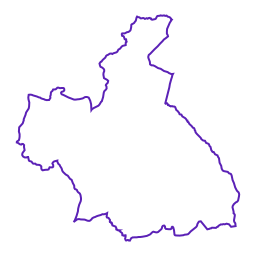 outline of Demba, Kasaï-Occidental, Democratic Republic of the Congo
{"feature_id": "63176286B65160793690884", "entity_name": "Demba", "entity_type": "district", "adm_level": 2, "iso_a3": "COD", "parent_name": "Democratic Republic of the Congo", "parent_adm1": "Kasaï-Occidental", "projection": "albers", "projection_center": [22.217, -5.237], "detail": "fine", "context": "isolated", "style": "outline", "palette": "violet", "viewbox_px": 256, "rotation_deg": 0, "n_neighbors": 0, "source": "geoboundaries", "source_scale": "gbopen_adm2", "svg_char_len": 5771}
<svg xmlns="http://www.w3.org/2000/svg" viewBox="0 0 256 256"><path d="M162.3,15.7L160.4,15.4L160.0,15.7L157.5,16.0L157.0,16.4L155.8,18.7L155.1,19.1L152.3,19.7L151.5,19.5L151.1,18.6L150.6,18.7L149.8,17.9L148.8,18.0L147.7,18.7L146.8,18.2L144.9,18.9L143.7,18.1L143.1,18.0L141.7,18.3L140.5,18.3L139.5,17.4L137.7,17.0L137.1,16.6L136.6,17.4L135.8,20.7L134.8,21.9L134.2,22.9L132.8,23.8L131.7,24.3L131.3,24.9L131.2,27.1L130.6,29.9L130.2,30.6L129.3,31.4L128.2,32.0L127.0,32.2L124.7,33.4L122.2,33.4L121.8,34.0L121.9,35.1L122.2,35.9L123.3,36.1L123.8,36.5L124.7,39.2L126.1,39.3L126.3,40.3L126.0,41.0L126.6,41.8L125.7,42.8L125.7,45.1L122.6,45.9L121.7,46.6L120.0,48.7L118.4,49.6L117.3,51.7L116.3,52.4L113.3,53.3L112.4,54.0L111.1,53.5L109.7,53.7L108.1,54.8L107.2,55.1L106.2,55.8L105.3,57.6L102.7,59.9L101.4,61.7L100.7,61.8L99.5,63.5L100.0,65.6L100.5,66.8L101.9,67.4L102.7,68.0L103.7,68.9L104.2,69.9L104.2,71.2L103.5,73.0L103.4,74.8L104.0,78.1L105.2,78.8L106.5,79.5L107.3,80.0L108.2,80.9L108.1,81.3L107.7,82.9L106.8,83.7L106.0,84.7L105.8,85.2L106.5,86.6L106.6,88.5L106.0,89.5L104.3,91.2L103.8,92.5L103.1,97.1L101.8,101.3L101.1,101.8L99.5,104.5L98.4,105.7L93.6,108.1L91.8,109.4L91.4,110.0L91.1,104.2L90.2,100.7L88.7,97.6L87.0,97.0L85.9,97.0L85.0,97.1L82.7,98.4L79.2,99.2L77.8,99.3L75.7,99.6L74.1,99.6L72.7,99.1L70.7,98.3L68.5,97.5L63.3,94.9L61.9,94.4L61.2,93.6L61.1,92.5L61.8,91.8L62.9,91.5L63.7,91.1L64.3,90.2L64.2,88.9L63.9,88.3L63.3,88.0L61.2,88.0L60.5,88.1L59.8,88.1L58.2,87.6L57.4,87.7L55.8,89.2L55.2,89.4L53.1,89.5L52.4,91.0L51.4,91.7L50.9,92.7L50.7,95.1L50.2,96.2L50.4,97.9L49.1,100.0L46.5,100.1L45.8,99.9L45.1,99.8L44.2,99.3L42.1,98.7L41.2,98.4L40.2,97.6L39.5,97.5L38.7,97.3L36.9,96.5L33.1,95.4L32.0,94.9L31.0,94.7L29.5,94.7L28.7,94.8L28.3,97.4L28.5,99.4L29.3,102.5L29.1,106.4L28.7,108.5L26.1,112.5L25.5,114.9L23.7,119.3L23.8,120.1L22.7,123.4L19.2,127.3L18.9,131.6L19.6,134.1L19.6,136.8L19.3,138.8L18.8,140.3L16.9,141.6L16.8,142.5L17.6,142.7L20.0,144.3L21.2,144.6L22.1,143.9L23.2,144.1L24.1,145.1L24.0,147.0L24.6,150.2L22.7,152.7L22.2,154.1L22.3,155.3L23.1,156.5L24.6,157.4L26.3,157.5L27.5,157.0L28.1,157.0L28.9,160.5L29.4,161.0L31.5,161.6L32.8,163.4L33.4,163.7L35.4,163.7L36.4,164.7L39.3,164.9L40.5,165.5L41.3,166.4L41.3,168.4L41.7,169.6L42.7,170.3L45.2,169.8L47.7,169.7L48.6,169.4L49.6,167.3L51.1,167.4L52.6,167.3L53.2,166.7L53.2,165.0L52.4,163.5L52.8,162.6L53.4,162.0L54.2,161.4L57.3,160.6L57.2,161.4L58.3,163.8L59.7,165.0L60.0,165.9L61.6,168.4L62.3,170.8L63.1,172.0L65.7,174.5L67.8,175.7L70.0,178.8L71.6,179.8L72.8,183.0L74.2,185.6L74.3,187.9L75.0,189.1L76.2,189.5L76.9,190.0L77.4,191.3L78.1,192.2L79.8,193.5L80.5,195.1L81.0,198.1L81.0,199.5L80.7,201.2L79.2,204.7L78.2,208.5L77.9,211.4L76.5,216.1L74.7,220.6L73.6,222.0L77.1,219.4L78.3,219.1L79.4,219.1L80.4,219.4L84.7,219.6L87.5,220.7L89.2,220.9L90.2,220.5L91.5,219.3L92.1,218.4L93.5,217.5L95.1,217.0L96.5,216.3L98.2,215.7L100.8,215.0L102.4,214.2L103.8,214.3L104.7,214.1L106.1,213.7L107.1,213.1L106.6,216.7L107.0,217.5L108.5,217.9L110.0,220.0L109.8,221.4L109.9,222.0L111.4,222.4L111.9,223.0L112.0,223.4L111.6,223.6L112.2,224.4L112.4,225.4L115.6,226.6L116.3,228.1L116.2,229.2L116.5,229.7L117.4,229.7L117.7,230.2L119.3,230.3L119.1,230.4L119.3,230.9L122.1,233.1L122.4,234.1L122.2,234.9L122.4,235.3L123.4,235.4L124.0,235.8L125.1,235.2L125.6,235.3L125.6,236.9L125.1,238.5L125.4,239.7L126.1,240.5L127.7,240.0L128.3,240.1L128.7,240.5L129.9,240.6L130.5,239.4L131.3,238.1L132.7,237.4L136.8,237.3L138.6,237.0L140.3,237.0L142.6,236.7L146.9,235.9L149.5,234.7L150.4,234.2L151.7,232.8L152.7,232.0L153.3,231.7L155.7,232.3L156.9,232.4L158.1,232.0L161.4,229.1L162.0,227.8L162.2,226.7L162.8,225.9L163.6,225.6L164.3,225.6L165.0,226.5L165.1,227.9L165.9,228.9L168.6,229.2L170.5,229.2L171.2,228.8L171.6,228.2L171.7,227.3L172.1,226.8L172.7,226.8L173.3,227.6L174.0,230.2L174.5,234.6L175.0,235.2L175.5,235.4L177.2,235.5L179.7,235.6L183.4,235.2L184.6,234.7L186.6,234.5L188.0,234.2L188.8,233.5L190.7,231.4L196.2,227.0L197.1,225.6L197.3,224.3L198.4,222.3L199.0,221.6L200.8,221.3L207.3,229.3L209.6,228.8L210.3,228.3L211.2,228.3L212.0,227.7L215.9,227.9L217.0,227.0L217.8,226.8L218.4,225.9L220.8,224.4L222.2,224.5L223.2,224.1L224.8,224.3L226.6,223.7L229.0,224.3L231.1,226.8L235.6,226.1L235.3,223.3L234.2,221.7L234.0,220.2L234.8,215.7L234.7,214.5L233.5,213.1L233.7,212.5L233.5,211.2L232.5,207.3L232.7,206.1L233.8,204.2L235.8,202.4L237.2,201.7L238.1,200.5L239.0,196.2L239.2,194.3L238.9,193.2L238.6,192.4L236.9,190.7L235.2,187.4L233.9,183.0L232.6,180.1L231.6,175.3L230.8,173.9L229.0,173.3L227.8,171.9L223.8,171.1L222.7,170.5L221.7,168.7L221.2,165.8L219.6,162.8L219.0,158.3L218.0,156.8L217.5,155.4L215.1,154.3L213.7,152.0L213.0,152.1L212.5,151.9L211.3,150.1L210.5,146.9L209.4,145.8L209.0,144.3L208.0,143.6L206.1,142.9L205.7,142.1L205.0,140.8L203.1,140.5L201.3,139.1L200.7,137.8L197.1,134.2L195.6,132.4L195.3,130.9L194.8,130.4L194.6,129.2L193.9,128.0L192.9,127.7L191.6,126.0L189.4,124.0L188.4,122.1L187.8,122.0L187.4,121.4L187.4,120.6L186.9,120.5L186.0,119.0L185.1,118.1L182.3,116.4L181.4,114.6L180.0,114.4L179.5,114.1L179.2,113.0L177.5,110.9L176.3,110.0L175.2,107.1L174.5,106.6L172.6,106.4L172.0,106.1L170.8,106.4L170.3,106.0L169.5,105.9L168.6,104.9L167.9,105.0L167.4,103.6L166.9,103.2L165.6,103.7L165.3,103.3L168.2,91.8L169.3,87.5L169.9,83.9L171.4,78.6L172.0,76.9L172.3,75.3L173.0,73.9L171.5,74.1L169.0,73.1L167.7,72.1L164.0,71.0L160.7,68.8L158.1,68.1L155.0,66.2L153.3,65.4L151.5,65.3L150.1,64.4L149.8,61.6L148.7,58.8L148.3,57.6L148.3,56.5L148.8,54.9L150.2,53.8L154.5,49.3L157.7,46.3L160.2,43.5L162.5,41.2L163.9,39.5L165.5,38.4L168.0,36.4L167.7,35.1L166.9,33.7L166.9,31.2L167.1,28.9L169.8,22.7L171.7,19.8L171.1,19.7L171.2,18.8L169.8,17.3L168.5,16.8L167.6,16.6L166.6,15.6L165.2,15.9L164.1,15.4L162.3,15.7Z" fill="none" stroke="#5b21b6" stroke-width="2"/></svg>